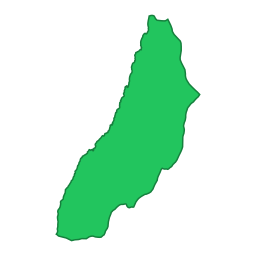 Almeida, Boyacá, Colombia (Equal Earth projection)
{"feature_id": "7082276B20478677615744", "entity_name": "Almeida", "entity_type": "district", "adm_level": 2, "iso_a3": "COL", "parent_name": "Colombia", "parent_adm1": "Boyacá", "projection": "equal_earth", "projection_center": [-73.391, 4.96], "detail": "fine", "context": "isolated", "style": "filled", "palette": "green", "viewbox_px": 256, "rotation_deg": 0, "n_neighbors": 0, "source": "geoboundaries", "source_scale": "gbopen_adm2", "svg_char_len": 5725}
<svg xmlns="http://www.w3.org/2000/svg" viewBox="0 0 256 256"><path d="M150.9,191.8L151.7,190.6L152.6,189.6L152.9,189.1L153.8,186.9L154.8,184.6L157.2,180.3L157.5,178.3L158.0,176.7L160.2,172.0L161.0,169.8L161.4,169.2L162.2,168.3L163.2,168.7L164.2,169.0L164.9,169.1L166.2,168.9L167.6,169.3L168.2,169.1L168.6,168.9L169.7,167.8L171.1,166.9L171.5,166.6L172.0,166.0L172.9,164.5L173.9,163.6L174.5,162.9L175.4,162.2L176.9,160.0L178.9,155.6L180.3,152.8L181.1,151.1L181.9,149.1L182.6,146.9L182.8,137.0L183.1,135.6L183.6,134.1L183.9,133.3L184.2,131.0L184.3,129.8L184.1,128.4L183.6,126.4L183.6,125.4L184.3,122.5L185.0,120.9L185.3,119.8L185.7,117.4L185.7,115.0L186.2,112.2L187.1,109.8L187.4,108.5L188.0,107.4L189.5,105.6L190.4,104.3L191.4,103.3L193.5,101.8L194.4,100.6L195.2,99.7L196.6,98.2L198.2,96.8L199.7,94.5L198.9,93.7L197.5,92.2L195.6,90.5L192.1,87.1L189.2,84.1L186.9,80.5L185.9,78.3L185.4,75.9L185.4,73.7L184.9,69.7L183.4,66.7L181.5,63.0L180.2,59.8L180.1,57.6L181.2,50.6L181.2,46.6L181.0,43.2L180.3,41.1L178.4,39.1L174.1,34.5L172.4,31.5L172.0,28.8L170.7,25.3L167.8,19.3L165.7,20.7L164.4,20.9L161.9,20.8L157.4,20.3L156.8,20.1L156.1,19.2L155.5,18.7L154.8,17.2L154.1,16.0L153.2,15.6L152.1,15.4L150.8,15.5L150.1,15.8L149.2,16.0L149.0,17.2L148.3,20.5L148.0,22.4L147.9,23.4L147.9,24.7L148.1,26.1L148.3,26.5L148.5,27.4L148.3,28.8L148.5,29.6L148.5,30.0L148.3,30.7L147.8,31.8L147.5,32.1L146.9,33.4L146.4,33.8L146.0,33.9L145.1,33.3L144.3,33.7L143.6,34.5L142.9,35.6L142.7,37.0L141.9,38.4L140.9,41.0L140.7,42.4L140.8,44.1L140.7,45.6L141.2,46.3L141.2,47.1L141.6,47.6L141.6,47.9L141.3,48.3L141.2,48.6L141.3,49.4L141.3,49.7L141.1,49.8L140.5,49.7L140.1,49.8L139.8,50.0L138.6,51.4L138.0,51.6L137.7,51.6L137.4,51.7L136.7,52.4L136.0,52.5L135.8,52.7L135.6,53.8L134.8,55.1L134.8,55.7L135.2,56.7L135.2,57.7L135.1,58.2L135.0,58.5L135.2,59.3L135.3,59.6L135.3,59.9L135.2,60.2L134.8,60.6L134.7,60.9L134.7,61.7L134.4,62.0L134.2,62.5L133.0,63.1L132.7,63.5L132.3,64.3L132.2,64.9L131.8,66.0L131.6,66.6L131.5,67.1L131.5,67.6L131.7,68.3L131.7,69.4L132.0,70.0L132.1,70.6L132.1,71.3L132.0,72.3L131.4,73.3L130.6,74.2L130.0,75.9L129.7,76.8L129.5,78.0L129.4,79.4L129.5,80.7L129.5,81.2L129.4,81.6L129.0,82.4L128.8,84.3L128.5,85.2L128.3,86.5L127.9,87.2L127.7,87.4L127.3,87.4L127.1,87.2L127.0,86.9L126.8,85.9L126.6,85.9L125.9,86.5L125.5,86.7L125.1,87.2L125.1,88.8L124.5,90.2L124.3,90.8L124.3,91.5L124.4,92.3L124.3,92.6L123.9,92.9L123.6,93.2L123.6,93.5L123.6,94.1L124.2,95.4L124.2,96.0L121.8,97.9L121.5,98.5L121.4,98.9L121.2,99.7L120.7,100.2L120.6,100.5L120.8,100.8L120.8,101.5L120.6,102.0L120.1,102.2L119.9,102.4L119.8,102.8L119.8,103.4L119.6,104.0L119.6,104.3L119.8,104.8L119.7,105.1L119.5,105.7L119.5,106.0L119.7,106.5L119.7,107.5L119.5,108.0L118.6,108.6L118.3,109.0L117.8,109.1L117.2,109.6L116.9,110.1L116.6,111.1L116.7,111.8L116.6,112.2L116.5,112.4L116.1,112.4L115.8,112.6L115.6,113.0L115.2,115.0L114.8,116.1L114.8,116.5L114.9,116.9L114.8,117.2L114.7,117.4L114.4,117.6L114.1,117.9L113.9,118.8L114.0,119.9L113.9,120.3L112.8,122.4L112.6,122.5L112.7,123.2L112.8,123.6L112.7,123.8L112.3,124.1L112.2,124.9L112.0,125.0L111.4,124.5L111.2,124.8L111.1,125.1L110.8,125.3L110.6,125.1L110.3,125.2L110.2,125.4L110.3,126.3L109.9,127.3L109.7,128.3L109.4,129.4L109.2,130.1L108.6,130.9L108.3,131.0L108.1,131.2L107.9,132.5L107.2,132.6L106.7,133.0L106.4,133.3L106.0,133.3L105.1,133.5L104.9,133.8L104.6,134.3L104.5,135.1L104.2,135.6L104.0,135.9L103.8,136.0L103.5,136.0L102.8,135.7L102.5,135.8L102.2,136.0L100.9,137.9L99.2,139.5L99.0,140.0L98.6,140.4L97.0,141.5L96.7,142.0L96.6,142.5L95.7,143.5L95.3,144.1L95.2,145.0L95.6,145.6L95.6,146.1L95.6,146.7L95.2,147.7L94.8,148.1L94.5,148.1L94.2,148.2L94.1,148.4L93.9,148.8L93.5,148.8L93.3,148.9L93.6,149.8L93.6,150.2L93.5,150.5L93.3,150.7L93.0,150.7L92.7,150.6L92.6,150.4L92.4,149.9L92.0,149.6L91.8,149.6L91.4,149.9L91.1,149.9L90.7,150.2L90.5,150.3L89.7,149.7L89.2,149.7L88.7,150.6L88.4,151.1L87.4,152.1L87.5,152.5L87.5,153.1L87.2,153.4L87.0,153.6L86.7,153.7L86.1,154.3L85.6,154.4L85.2,154.6L84.8,155.1L84.3,155.2L83.5,155.9L82.5,156.2L82.3,156.5L82.3,157.1L82.1,157.4L81.7,157.6L81.5,158.0L81.1,158.1L80.9,158.3L80.6,158.7L80.3,160.0L80.1,160.2L80.2,160.9L80.0,161.3L79.3,162.2L79.0,162.8L78.9,163.7L78.5,164.8L77.8,165.6L77.6,166.0L77.3,167.7L76.9,169.0L76.1,170.2L76.0,170.5L75.6,170.8L75.1,171.2L75.1,171.7L75.3,172.6L75.3,173.1L75.1,173.4L74.6,173.7L74.5,174.0L74.5,174.6L74.3,174.9L74.3,175.9L73.4,177.0L73.0,178.6L72.8,179.1L72.5,179.7L72.2,180.1L71.4,180.7L70.8,182.5L70.5,182.8L69.4,184.6L69.2,184.9L68.7,185.7L68.2,186.2L68.1,186.7L67.8,187.2L67.5,187.6L66.9,187.9L65.6,189.5L65.4,189.8L65.4,190.6L65.2,192.6L65.0,193.5L64.7,193.8L64.0,195.4L63.8,195.9L63.4,197.0L63.2,199.0L63.0,199.3L61.2,200.8L60.8,201.2L60.6,201.7L60.5,202.0L60.7,203.7L60.4,205.5L60.1,206.9L59.5,208.2L58.2,209.9L57.9,210.7L57.8,211.3L57.8,211.9L58.2,213.6L58.2,214.3L58.0,214.8L58.0,215.6L57.6,216.2L57.5,217.8L57.8,220.2L58.1,221.2L57.8,225.0L57.9,226.1L57.6,227.6L57.3,229.0L57.7,230.9L57.5,232.0L57.2,232.9L56.3,234.2L57.5,235.0L57.9,235.5L58.8,236.1L66.3,238.0L71.6,240.6L74.8,239.8L78.7,239.5L81.8,238.6L86.3,238.7L89.2,236.8L91.1,236.2L93.0,236.1L95.4,236.9L97.8,237.2L99.7,237.3L101.2,237.1L103.2,235.3L104.0,234.9L104.9,233.1L105.5,231.0L107.3,228.3L108.0,226.4L108.1,224.7L108.4,221.7L109.4,217.5L111.0,213.5L111.2,212.4L112.4,211.2L112.9,210.5L113.4,210.2L114.9,209.3L116.6,207.4L118.3,205.9L119.6,204.9L121.2,204.4L123.0,204.4L125.4,203.9L125.9,204.0L126.3,204.3L127.0,206.1L127.7,207.0L128.4,207.5L129.5,207.7L131.4,207.0L132.3,207.0L133.0,207.2L133.8,206.9L134.1,206.1L135.9,202.0L137.6,199.6L138.5,198.6L139.4,197.8L141.2,196.5L144.6,194.5L145.2,194.3L146.5,194.1L149.1,193.0L150.9,191.8Z" fill="#22c55e" stroke="#15803d" stroke-width="1.5"/></svg>